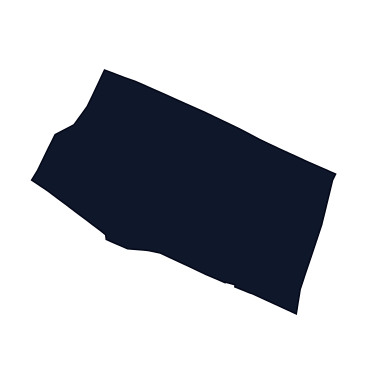 Comuna 3, Ciudad de Buenos Aires, Argentina, rotated 297°
{"feature_id": "61730980B39033896534626", "entity_name": "Comuna 3", "entity_type": "district", "adm_level": 2, "iso_a3": "ARG", "parent_name": "Argentina", "parent_adm1": "Ciudad de Buenos Aires", "projection": "equal_earth", "projection_center": [-58.402, -34.614], "detail": "fine", "context": "isolated", "style": "filled", "palette": "ink", "viewbox_px": 384, "rotation_deg": 297, "n_neighbors": 0, "source": "geoboundaries", "source_scale": "gbopen_adm2", "svg_char_len": 2078}
<svg xmlns="http://www.w3.org/2000/svg" viewBox="0 0 384 384"><g transform="rotate(297 192 192)"><path d="M261.0,58.7L260.0,58.7L250.9,59.0L248.9,59.1L248.7,59.1L241.1,59.3L235.4,59.5L231.6,59.6L221.4,59.8L221.0,59.8L220.6,59.8L212.7,58.6L208.9,58.0L204.8,57.3L203.8,57.2L202.0,56.9L198.3,56.3L195.0,54.0L194.6,53.7L190.8,51.0L188.3,49.2L187.0,48.3L186.4,47.9L181.0,44.0L179.4,44.0L178.5,44.0L173.5,44.1L171.5,44.1L166.4,44.1L156.5,44.3L155.8,44.3L152.9,44.4L151.9,44.4L147.0,44.5L141.0,44.6L129.8,43.7L128.4,55.6L127.5,63.1L127.3,64.3L127.1,65.3L125.1,76.7L123.7,85.1L122.5,91.7L121.0,100.0L120.8,101.5L120.7,101.7L119.5,109.0L117.8,118.1L116.0,128.5L115.8,129.4L114.7,134.5L110.8,137.1L111.1,143.1L111.4,148.0L112.2,160.4L115.3,167.9L118.4,175.4L119.3,177.7L120.1,179.9L121.5,185.0L123.2,191.4L123.6,203.6L124.0,214.5L124.5,227.7L124.5,229.6L124.8,239.8L124.8,241.5L125.5,251.2L126.2,262.6L126.8,262.5L128.9,272.6L126.9,273.2L127.7,282.0L128.3,289.2L128.6,290.9L128.8,292.4L129.3,305.0L129.4,308.1L129.5,309.6L129.7,314.9L130.1,324.4L130.3,329.7L130.7,340.3L132.1,339.8L136.3,338.5L137.3,338.1L139.5,337.4L142.8,336.3L143.9,336.0L145.1,335.6L145.9,335.3L147.0,335.0L154.3,332.6L165.5,330.9L167.1,330.6L173.1,329.7L174.5,329.5L187.7,327.6L195.7,326.4L203.6,325.2L204.5,325.0L206.3,324.8L212.8,323.8L214.0,323.6L221.9,322.4L222.4,322.3L223.0,322.1L233.8,319.6L234.2,319.5L234.7,319.4L244.3,317.1L251.6,315.4L259.1,313.6L265.4,312.1L266.3,311.9L273.2,311.8L273.1,309.9L272.8,306.1L272.7,303.4L272.1,293.3L271.6,284.6L271.4,281.9L271.3,279.4L271.2,277.9L271.2,276.8L271.0,270.4L270.5,259.7L270.1,250.3L270.0,247.4L269.7,237.2L269.5,228.5L269.7,216.7L269.8,207.2L269.8,205.9L269.8,204.2L269.7,201.2L269.7,198.8L269.6,196.7L269.5,191.0L269.4,188.8L269.2,179.6L269.1,178.1L269.1,176.2L268.9,169.0L268.9,167.4L268.8,165.4L268.4,158.8L268.3,156.8L267.8,147.2L267.7,146.1L267.2,135.2L267.1,134.0L266.7,124.3L266.6,122.9L266.1,113.8L266.0,112.3L265.5,102.7L264.8,91.0L263.5,81.4L263.3,80.2L262.3,70.6L262.2,69.4L261.0,58.7Z" fill="#0f172a" stroke="#020617" stroke-width="1.5"/></g></svg>